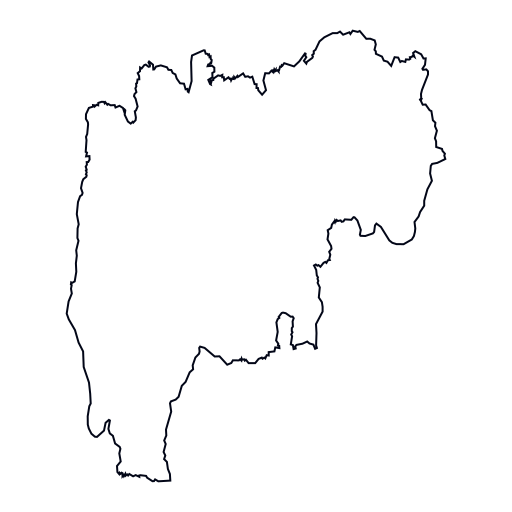 the district of Wonogiri, Jawa Tengah, Indonesia
{"feature_id": "22746128B32217084331074", "entity_name": "Wonogiri", "entity_type": "district", "adm_level": 2, "iso_a3": "IDN", "parent_name": "Indonesia", "parent_adm1": "Jawa Tengah", "projection": "equal_earth", "projection_center": [111.032, -7.962], "detail": "fine", "context": "isolated", "style": "outline", "palette": "ink", "viewbox_px": 512, "rotation_deg": 0, "n_neighbors": 0, "source": "geoboundaries", "source_scale": "gbopen_adm2", "svg_char_len": 5871}
<svg xmlns="http://www.w3.org/2000/svg" viewBox="0 0 512 512"><path d="M117.4,472.0L119.2,474.1L119.6,472.8L120.6,473.8L121.6,472.7L122.5,473.2L122.5,476.3L123.5,475.2L123.9,476.2L125.3,473.8L125.7,475.6L127.1,474.4L128.1,475.5L129.3,474.0L133.1,476.3L135.7,475.1L139.3,476.8L139.2,475.5L140.3,475.2L146.1,475.9L147.1,477.7L152.5,481.2L154.0,481.1L155.1,479.4L158.3,481.3L170.3,480.6L169.9,474.0L167.9,469.0L166.9,461.9L164.1,459.1L165.3,455.5L163.6,452.0L165.7,444.0L164.2,440.5L166.3,435.5L166.0,429.6L171.2,411.6L170.0,403.3L170.9,401.4L175.7,399.6L178.6,396.8L181.8,385.8L185.6,381.9L189.7,372.3L193.1,369.3L192.7,365.3L195.4,357.5L199.0,353.8L199.6,351.5L199.2,347.9L200.1,346.6L204.6,347.9L214.7,356.5L219.5,356.3L227.2,364.7L231.3,363.0L232.9,360.3L238.9,360.4L240.1,359.3L241.4,360.6L241.7,358.7L242.2,359.7L244.1,359.3L244.8,360.6L245.9,359.7L248.6,363.1L255.2,363.1L258.6,358.9L261.8,357.6L262.5,358.7L264.5,357.6L265.3,358.4L266.7,355.2L268.7,355.5L268.7,352.1L274.4,351.4L275.3,347.4L279.4,348.1L279.2,345.8L277.9,345.5L278.3,343.7L276.1,340.5L277.7,331.9L276.4,322.4L277.7,319.1L279.3,317.9L278.7,316.9L281.7,313.0L283.0,312.6L285.7,313.2L290.7,316.7L292.6,316.6L293.7,318.2L292.6,321.3L292.9,326.6L291.8,328.1L291.8,331.2L292.5,332.2L291.2,334.5L292.1,336.3L290.8,344.4L292.9,345.1L293.6,349.1L295.7,348.5L295.2,346.4L296.5,344.9L302.5,343.7L307.2,341.5L309.5,343.5L313.4,344.6L315.1,348.8L316.9,348.0L316.1,345.4L316.5,333.1L316.0,324.1L322.6,311.6L322.6,306.8L321.9,302.2L318.8,297.5L319.8,287.4L317.6,282.8L318.3,280.9L317.5,278.8L318.0,277.4L316.8,275.4L316.2,269.9L314.0,265.5L315.8,264.5L317.3,265.7L318.5,265.1L320.4,266.8L323.6,262.8L325.3,261.9L326.4,262.9L327.9,260.3L329.8,260.0L329.3,258.9L330.3,254.7L329.2,251.8L331.5,248.8L331.1,246.0L327.5,239.4L328.4,233.6L327.7,230.2L331.2,227.9L331.9,224.6L334.1,221.6L334.7,222.4L335.1,220.4L335.9,221.5L336.7,220.0L337.8,221.0L340.6,220.4L341.7,221.8L343.4,221.4L344.8,219.4L351.3,219.8L353.5,217.2L354.5,217.3L357.4,220.5L360.8,229.9L359.9,234.7L360.5,235.8L365.3,236.0L372.9,233.4L374.1,232.0L375.0,225.4L376.4,223.6L380.9,226.9L389.3,240.4L392.3,242.8L396.4,244.1L403.6,244.2L411.8,239.5L413.9,236.1L414.9,232.1L415.3,228.5L414.5,222.0L418.6,216.5L420.1,212.0L424.2,205.7L424.2,200.8L427.4,189.3L431.9,180.8L430.1,173.5L430.8,165.9L432.1,163.9L437.3,162.9L445.3,159.0L444.3,155.5L444.9,153.7L442.5,150.9L442.0,148.9L436.2,147.0L436.1,141.3L434.9,138.2L436.9,130.7L435.0,126.2L435.4,122.7L432.9,120.3L431.4,111.1L429.6,110.2L425.6,104.5L422.7,104.7L420.8,100.7L421.3,99.5L419.4,100.1L421.2,98.4L421.0,93.9L422.0,89.9L428.0,74.5L428.0,71.3L426.3,69.4L423.0,69.8L422.4,68.8L425.0,64.8L425.7,58.4L423.5,58.5L421.2,54.3L415.3,51.2L413.1,53.0L414.4,56.8L412.8,55.6L411.8,56.9L409.9,57.2L410.3,58.8L409.1,59.6L405.9,59.4L405.3,61.9L401.8,61.0L400.3,62.0L398.2,57.6L394.6,57.2L391.2,65.9L387.5,61.7L383.8,60.6L382.0,56.6L375.9,53.8L375.8,51.3L374.5,49.8L375.8,44.4L374.7,40.4L370.2,38.7L366.3,38.8L359.7,31.0L357.8,31.9L352.7,30.7L350.4,34.0L349.4,32.3L343.1,34.7L340.0,31.6L337.3,33.1L332.7,33.1L324.3,37.3L319.5,41.4L315.5,49.8L313.7,51.2L313.8,53.7L312.2,55.1L312.9,56.6L312.3,57.9L306.9,61.9L306.3,63.6L303.9,60.8L306.3,57.2L305.3,55.8L305.6,53.7L305.0,53.4L299.3,61.4L294.0,66.4L284.2,63.2L282.4,65.7L281.7,65.2L281.2,66.8L280.1,66.6L279.1,70.1L278.3,70.1L278.5,71.5L277.4,70.3L275.4,71.2L275.6,69.7L274.9,70.5L274.3,69.4L273.8,71.3L273.1,70.2L272.3,70.4L272.5,71.7L271.4,70.7L269.0,73.4L265.2,73.2L263.4,80.5L266.0,90.2L262.1,94.7L258.3,90.3L258.0,88.1L256.5,88.0L256.6,84.2L254.6,84.1L252.3,76.7L250.0,77.6L248.0,76.3L245.2,76.8L243.1,73.4L237.9,77.0L237.4,75.9L235.2,78.3L234.2,77.0L234.1,78.1L233.3,77.8L233.5,79.0L231.9,78.8L231.1,80.4L230.6,78.6L229.6,78.9L228.5,77.3L224.2,80.3L223.8,77.2L222.2,77.3L222.3,74.9L220.3,75.9L218.1,75.4L213.4,78.7L213.3,80.0L211.8,80.3L211.3,82.1L210.6,81.0L210.0,82.2L210.7,84.4L210.1,84.1L208.3,79.9L212.5,77.2L212.3,73.0L214.4,71.7L214.3,67.6L212.1,65.8L207.6,66.2L208.2,64.5L211.0,63.5L210.6,62.6L211.4,62.2L211.7,60.0L210.7,58.9L210.6,56.4L209.5,57.0L209.1,54.5L208.1,55.0L207.6,53.9L205.7,53.7L204.7,50.4L203.7,50.3L192.0,55.5L191.1,62.0L191.6,81.1L188.6,92.2L187.8,91.6L187.4,88.9L185.6,89.3L184.0,83.7L180.1,83.3L176.7,78.5L175.4,74.4L172.7,73.0L171.3,70.0L168.4,69.8L167.0,67.3L160.8,65.4L156.0,66.6L154.2,69.4L153.3,69.5L153.0,64.7L149.1,61.5L148.5,62.4L150.0,65.3L149.8,66.5L148.6,66.8L145.8,64.6L144.3,65.1L141.6,68.5L140.1,67.5L140.0,71.2L137.7,73.1L139.1,76.0L139.3,79.3L137.5,79.5L137.0,83.1L136.1,83.6L136.3,86.5L135.4,88.3L136.4,92.1L134.5,94.1L134.0,96.1L135.6,98.7L137.6,106.5L136.0,110.4L134.8,111.3L135.9,117.5L135.6,120.2L133.3,122.6L132.7,121.8L130.7,123.6L127.9,121.5L124.7,114.8L125.3,110.3L124.7,109.6L124.0,111.1L123.0,108.0L119.5,105.8L115.5,107.5L114.7,105.1L110.6,105.3L108.1,103.9L107.3,104.7L105.3,102.2L104.6,103.2L104.0,101.9L101.6,101.8L98.3,102.9L98.2,105.3L96.6,104.8L94.8,106.4L94.5,105.3L93.0,105.1L93.1,106.6L88.9,107.9L86.0,114.2L85.9,118.9L87.9,122.3L88.1,124.5L87.2,134.0L86.0,136.9L86.5,140.2L85.7,151.9L87.0,152.6L86.1,156.4L89.4,156.1L89.6,159.6L88.2,162.0L86.7,162.1L86.9,164.7L85.7,166.7L86.7,169.8L85.9,170.4L86.7,172.4L85.9,174.3L86.7,175.2L86.3,176.8L83.3,179.2L82.2,181.9L81.0,188.2L82.6,192.9L82.0,194.8L80.1,196.2L78.0,202.0L76.8,214.1L78.7,224.3L77.6,228.4L77.4,238.0L78.5,240.8L76.2,250.3L76.8,255.7L75.9,263.3L76.3,271.8L74.7,281.4L72.1,282.9L71.2,282.4L70.9,284.4L71.7,285.1L71.0,288.7L71.8,293.5L68.6,301.4L66.7,313.6L68.8,319.4L75.0,330.1L78.6,342.6L83.1,351.4L83.7,367.0L89.0,382.6L90.2,393.8L90.7,403.5L89.3,406.2L87.7,416.3L87.8,424.6L88.8,428.5L91.4,433.7L94.9,436.7L97.0,436.9L104.0,430.6L105.6,422.8L108.9,419.9L109.9,420.5L108.4,428.9L109.8,433.4L112.9,435.8L115.1,443.5L119.7,446.9L120.4,448.8L119.3,453.4L120.7,461.5L117.0,466.0L117.4,472.0Z" fill="none" stroke="#020617" stroke-width="2"/></svg>